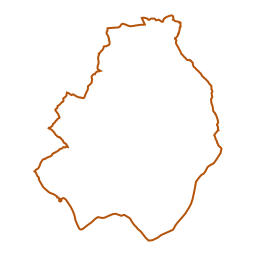 Putna, Suceava, Romania
{"feature_id": "2599482B68434339585175", "entity_name": "Putna", "entity_type": "district", "adm_level": 2, "iso_a3": "ROU", "parent_name": "Romania", "parent_adm1": "Suceava", "projection": "orthographic", "projection_center": [25.576, 47.849], "detail": "fine", "context": "isolated", "style": "outline", "palette": "amber", "viewbox_px": 256, "rotation_deg": 0, "n_neighbors": 0, "source": "geoboundaries", "source_scale": "gbopen_adm2", "svg_char_len": 5602}
<svg xmlns="http://www.w3.org/2000/svg" viewBox="0 0 256 256"><path d="M148.7,240.6L152.4,240.2L157.8,237.6L161.2,235.0L172.8,229.9L173.6,228.8L175.5,225.3L177.2,223.0L185.1,213.9L189.1,207.5L190.9,204.1L192.6,199.1L194.1,192.1L195.3,185.9L196.0,181.7L198.9,177.8L201.4,174.9L203.8,173.6L205.4,171.4L207.4,167.4L208.2,166.5L211.2,164.6L213.3,163.6L214.3,162.5L216.1,160.0L220.6,153.0L221.5,148.6L220.8,147.6L219.0,146.2L218.2,145.2L218.2,144.5L217.7,143.7L217.2,142.9L217.1,142.3L217.0,141.5L216.3,140.2L215.8,139.4L215.5,138.7L215.3,137.4L215.2,137.0L214.2,135.3L214.3,135.0L214.9,134.2L215.7,133.1L217.8,130.5L218.1,130.2L218.4,130.2L218.3,129.8L218.1,129.4L217.9,128.4L217.9,127.0L217.6,125.9L217.0,125.1L217.0,124.5L217.2,124.1L218.0,123.1L218.1,122.6L217.9,120.6L217.6,119.7L217.2,118.2L216.4,116.1L216.0,114.8L215.4,114.2L215.1,113.8L215.0,113.1L214.8,112.8L213.9,112.0L213.3,111.1L213.0,109.3L212.8,107.5L212.3,105.4L211.5,103.5L211.6,103.0L211.2,102.0L211.2,100.4L211.0,99.1L211.5,98.4L212.3,96.9L212.0,95.8L211.6,93.5L211.6,93.1L211.8,92.6L212.3,92.0L212.3,91.4L212.2,90.8L211.9,90.0L211.7,89.5L211.4,89.2L211.5,88.5L211.5,88.0L211.2,85.7L210.4,84.8L209.2,83.6L208.5,82.5L208.0,81.6L206.3,79.9L205.8,79.2L204.6,78.4L204.0,77.7L202.5,76.4L201.7,75.3L201.3,74.3L200.8,73.6L199.1,72.0L198.6,71.3L196.3,69.4L195.5,68.2L195.0,67.8L194.4,67.4L193.7,66.7L193.2,65.7L193.0,64.6L192.7,63.8L192.8,63.3L192.8,62.8L191.2,61.2L190.8,60.6L190.3,60.7L189.9,60.1L189.6,59.9L187.8,60.1L187.0,59.8L186.1,58.9L185.3,57.8L184.0,56.8L183.6,56.2L182.6,55.0L182.5,54.8L181.6,54.1L181.2,53.5L180.8,52.7L180.6,51.9L179.2,49.3L178.5,47.8L176.8,44.9L176.2,43.8L176.0,43.1L175.9,42.5L176.4,40.3L175.8,39.6L175.1,39.0L175.1,38.1L175.9,38.0L176.7,37.1L177.4,36.1L178.0,34.8L178.2,33.5L178.7,33.5L178.8,32.9L179.6,29.7L179.7,28.7L179.8,28.5L179.7,27.9L180.0,26.8L180.3,26.3L180.5,26.4L180.5,22.9L180.0,22.9L179.4,22.7L179.5,22.1L177.0,21.4L175.6,21.3L175.2,21.1L174.7,20.7L174.0,20.2L173.3,19.9L172.9,19.7L173.4,18.7L173.4,18.0L172.9,16.2L172.5,15.7L171.7,15.4L169.7,15.8L166.7,16.9L163.9,18.8L163.4,19.8L163.3,20.9L163.1,21.5L162.4,21.8L161.7,21.7L161.1,21.2L159.1,19.9L158.6,19.7L156.2,20.3L155.7,20.1L155.0,19.0L154.3,18.6L153.4,18.5L152.3,18.7L151.5,18.5L150.4,19.0L149.6,19.6L148.9,19.9L148.3,19.7L147.4,18.7L146.1,18.2L144.4,17.8L143.2,17.7L141.8,18.0L144.7,24.2L144.8,24.6L140.7,24.8L139.0,25.0L131.5,26.2L130.4,26.2L129.1,26.0L124.8,24.3L123.5,23.9L122.6,23.8L122.1,23.9L121.6,24.3L121.2,24.6L120.0,26.4L119.6,26.9L118.5,27.4L107.6,28.2L107.5,29.8L107.3,30.9L106.5,32.4L106.7,33.2L106.7,33.9L107.4,34.9L108.2,36.0L108.4,36.6L108.4,37.6L108.9,38.2L109.0,38.9L108.8,39.9L109.0,40.2L109.3,40.8L109.6,42.4L109.6,43.3L109.3,44.6L108.8,44.8L107.9,45.4L106.1,46.3L105.1,46.2L104.0,46.4L103.8,46.5L103.4,48.3L102.8,49.4L102.3,50.1L101.9,50.6L101.4,50.9L100.8,51.5L100.2,52.6L99.8,53.0L98.7,53.6L99.0,54.4L99.0,54.7L98.2,57.1L98.1,57.6L98.3,59.8L98.6,62.1L98.6,62.9L98.2,64.6L97.7,65.8L97.5,68.0L97.8,69.1L98.7,69.9L100.4,70.8L99.5,71.0L99.1,71.3L98.4,71.3L96.6,71.8L95.5,73.0L95.0,74.1L94.5,73.9L93.6,74.4L92.5,75.3L91.7,76.2L91.7,77.3L91.7,78.2L92.1,79.0L92.1,79.5L92.1,79.9L91.7,81.6L91.7,82.5L91.5,82.9L89.3,85.2L88.1,86.1L88.0,86.3L87.9,89.3L86.9,91.3L85.5,94.3L84.7,96.6L84.2,97.5L83.7,98.1L81.2,97.8L80.8,97.5L80.0,97.4L79.3,97.5L77.1,96.6L76.7,96.5L74.1,94.9L73.6,94.5L73.2,94.4L72.8,94.4L71.5,95.1L69.8,94.1L69.5,93.7L69.1,93.4L68.2,93.0L66.9,92.6L66.8,93.6L66.6,94.2L66.5,95.3L66.4,95.7L64.9,97.3L63.5,98.2L63.2,98.6L63.2,99.1L63.5,100.0L63.5,100.8L63.1,101.6L62.0,102.1L60.2,104.1L58.6,105.4L57.7,105.9L57.5,106.1L57.6,106.5L57.5,107.2L57.1,108.3L56.2,108.8L55.6,109.2L55.3,110.0L55.4,110.3L57.5,113.2L58.2,114.0L58.9,116.1L59.6,117.6L59.3,118.0L57.5,119.0L56.4,120.6L55.9,120.8L55.4,121.4L54.7,122.6L53.7,123.5L52.9,124.0L52.8,124.5L52.7,125.5L49.6,128.1L49.0,127.7L48.6,128.2L49.0,128.5L50.0,128.9L51.5,129.7L52.0,130.2L53.1,131.2L54.8,133.3L55.2,134.1L55.8,134.9L56.6,135.6L57.0,136.1L57.4,136.3L58.2,137.0L58.7,136.9L59.1,137.0L59.3,137.3L59.9,137.3L60.2,137.7L60.5,138.1L61.2,138.5L61.8,139.6L63.1,140.7L63.5,142.3L64.9,143.4L65.3,143.4L66.0,144.0L66.3,144.3L66.5,145.0L66.9,145.3L67.1,145.8L67.2,146.2L67.7,146.6L67.8,147.0L66.9,146.7L66.1,146.7L65.8,146.9L65.4,147.4L65.0,147.5L63.7,147.1L63.3,147.1L62.8,147.6L62.2,148.4L61.6,148.6L60.5,148.9L59.4,149.4L59.2,149.6L58.7,150.5L58.1,150.7L56.8,151.6L56.0,151.9L55.7,152.2L55.1,152.5L54.9,152.7L54.4,152.9L53.8,152.9L53.5,153.1L53.2,153.6L52.5,153.9L52.2,154.4L52.1,154.8L51.9,155.2L51.4,155.8L49.6,156.7L48.7,156.8L48.3,157.0L48.0,157.1L47.6,157.5L46.4,157.9L45.7,158.7L45.0,158.7L44.3,159.2L44.0,159.1L43.3,159.3L42.8,159.6L42.4,160.1L40.6,162.9L39.5,166.2L39.2,166.7L38.3,168.3L37.6,168.8L36.2,169.6L35.6,170.2L35.1,170.9L34.5,171.3L35.7,172.4L36.1,173.0L36.9,175.2L37.4,176.1L38.5,177.1L38.9,177.8L39.0,178.5L38.7,179.0L39.7,181.1L43.3,187.3L48.4,191.8L49.8,192.8L53.8,194.3L56.8,196.2L56.8,196.7L57.0,197.2L57.4,197.6L58.0,197.6L58.5,197.6L58.9,198.2L59.2,199.0L59.2,199.6L59.1,200.8L59.3,201.1L60.3,201.5L60.7,201.4L61.1,201.2L61.4,200.8L61.1,198.9L61.7,198.8L62.3,198.6L62.7,198.3L63.2,198.1L64.5,198.5L66.1,199.9L70.8,207.0L73.0,211.4L74.5,215.5L75.4,220.0L76.8,223.5L79.1,228.4L80.0,229.2L80.7,229.5L82.4,229.2L88.7,224.3L91.1,222.7L95.4,218.7L98.0,217.1L102.2,218.0L104.5,217.7L110.6,215.0L113.4,214.0L115.8,213.8L121.4,215.8L123.6,215.0L124.5,215.0L128.8,217.6L129.8,218.3L130.6,219.3L131.1,220.5L131.7,221.4L133.4,223.9L134.7,225.5L136.0,226.7L138.0,229.2L140.8,231.5L145.7,237.8L148.7,240.6Z" fill="none" stroke="#b45309" stroke-width="2"/></svg>